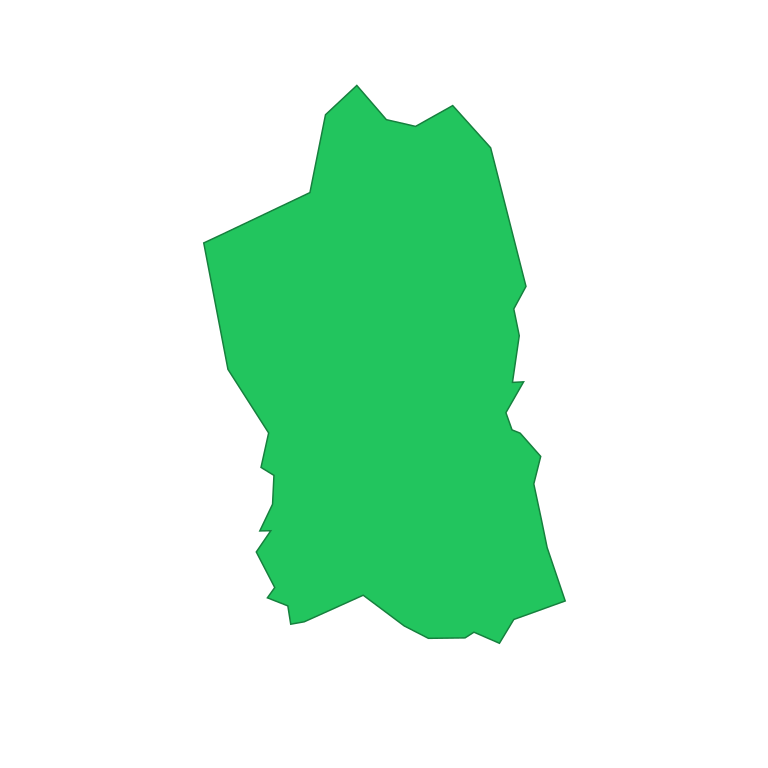 Upshur, West Virginia, United States of America (Natural Earth projection), rotated 156°
{"feature_id": "52423323B60686531636314", "entity_name": "Upshur", "entity_type": "district", "adm_level": 2, "iso_a3": "USA", "parent_name": "United States of America", "parent_adm1": "West Virginia", "projection": "natural_earth1", "projection_center": [-80.225, 38.899], "detail": "fine", "context": "isolated", "style": "filled", "palette": "green", "viewbox_px": 768, "rotation_deg": 156, "n_neighbors": 0, "source": "geoboundaries", "source_scale": "gbopen_adm2", "svg_char_len": 699}
<svg xmlns="http://www.w3.org/2000/svg" viewBox="0 0 768 768"><g transform="rotate(156 384 384)"><path d="M327.9,653.8L373.8,589.0L473.6,586.5L491.3,586.2L520.6,460.8L509.3,386.2L530.3,357.8L521.7,345.3L534.7,319.5L557.2,300.3L547.1,296.0L569.0,282.5L566.6,242.5L577.5,236.1L562.1,220.4L566.9,202.5L553.6,199.2L488.9,199.5L463.9,154.7L446.9,133.6L413.2,119.1L402.8,120.7L384.0,100.2L361.2,116.1L306.7,112.1L301.5,168.2L295.3,196.4L287.8,231.8L270.3,254.1L279.6,283.7L285.7,290.0L284.3,308.2L255.6,329.2L266.0,333.2L240.8,373.1L234.9,399.8L214.6,415.4L200.8,496.2L190.5,556.4L208.0,610.4L250.4,606.5L274.3,624.5L287.4,667.8L327.9,653.8Z" fill="#22c55e" stroke="#15803d" stroke-width="1.5"/></g></svg>